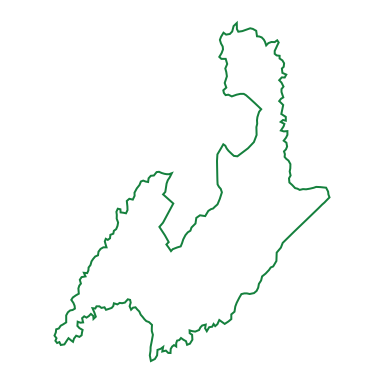 Marialva, Paraná, Brazil (Natural Earth projection)
{"feature_id": "56859067B62732144056511", "entity_name": "Marialva", "entity_type": "district", "adm_level": 2, "iso_a3": "BRA", "parent_name": "Brazil", "parent_adm1": "Paraná", "projection": "natural_earth1", "projection_center": [-51.888, -23.498], "detail": "fine", "context": "isolated", "style": "outline", "palette": "green", "viewbox_px": 384, "rotation_deg": 0, "n_neighbors": 0, "source": "geoboundaries", "source_scale": "gbopen_adm2", "svg_char_len": 4750}
<svg xmlns="http://www.w3.org/2000/svg" viewBox="0 0 384 384"><path d="M223.5,32.7L221.0,36.9L219.9,39.9L221.0,43.5L222.7,46.5L223.0,49.4L221.6,53.1L219.3,56.9L221.4,58.9L225.7,58.9L227.2,64.0L225.3,68.5L226.3,72.1L226.9,76.3L224.7,83.0L226.3,87.6L223.3,90.3L223.9,93.0L225.6,95.1L228.4,94.7L231.8,96.4L236.6,94.7L240.2,93.9L243.8,93.9L246.0,95.2L249.9,98.6L254.8,103.1L261.2,109.2L259.1,111.8L257.4,117.1L257.0,120.2L257.2,123.8L256.4,127.1L256.6,135.0L255.5,137.9L253.9,142.1L248.0,148.3L237.4,156.3L233.9,155.9L231.6,153.8L228.5,150.8L226.7,148.5L225.3,145.7L223.3,144.3L220.9,148.5L219.0,151.7L217.4,154.4L217.0,160.9L217.3,176.2L217.4,180.3L217.6,184.4L219.0,186.9L220.7,188.8L221.9,192.3L219.8,198.9L217.5,204.4L214.8,206.8L213.1,208.5L210.9,209.2L208.3,210.9L205.2,216.1L200.0,215.3L196.3,217.9L195.5,223.5L191.5,227.5L190.4,230.7L187.8,232.3L185.4,235.2L183.2,239.5L182.1,243.0L180.7,246.4L177.3,247.4L172.7,249.2L171.0,251.1L168.8,247.8L166.4,244.5L168.7,242.1L164.9,235.3L159.4,226.9L163.0,222.7L173.3,203.5L163.1,194.4L165.3,191.9L165.8,188.7L166.6,183.5L167.8,180.2L169.8,177.2L171.8,173.2L169.1,174.2L166.8,174.2L164.4,173.8L161.7,173.0L159.0,171.8L156.6,172.1L153.9,175.5L150.8,175.8L148.6,178.3L148.1,182.0L145.5,181.5L143.2,180.6L140.9,181.5L139.5,185.0L136.8,188.4L134.5,192.7L134.6,195.8L132.8,199.6L129.3,198.8L126.8,201.0L127.4,206.5L127.5,210.1L126.0,213.3L123.1,212.7L120.6,212.4L120.4,209.3L117.8,208.7L116.4,211.8L116.8,214.9L116.7,218.7L118.1,222.5L117.5,225.9L116.2,229.1L113.9,230.8L113.3,233.7L110.4,234.8L110.0,238.3L107.8,239.9L105.8,238.8L104.8,241.4L105.5,244.0L106.5,247.3L103.4,247.3L100.6,248.9L98.5,251.7L98.0,255.3L95.2,256.5L93.1,259.0L91.5,261.4L90.5,265.0L88.6,267.5L88.4,270.4L87.2,273.1L83.9,272.8L85.5,276.4L81.6,277.1L79.8,279.8L80.9,283.6L79.3,285.6L78.4,288.4L78.8,293.7L75.8,295.4L72.8,297.5L71.3,299.9L73.4,302.9L74.6,305.8L74.9,308.6L72.6,310.0L70.2,310.4L67.9,312.3L66.2,315.4L66.2,319.4L66.2,322.4L62.9,324.5L60.7,325.7L58.8,328.5L56.2,329.3L55.8,332.5L54.5,335.6L56.5,338.2L55.4,340.8L57.1,343.0L59.4,342.1L60.8,345.0L64.4,344.4L66.7,340.8L68.5,338.2L71.1,340.4L73.0,341.8L74.0,338.6L76.2,335.7L79.4,336.9L81.6,335.3L82.0,332.5L82.6,329.9L79.4,328.1L77.4,325.9L77.7,321.7L80.4,322.7L83.1,322.4L82.1,318.2L84.2,316.3L86.5,317.6L88.8,316.1L90.9,313.9L93.3,316.0L93.5,318.9L95.8,316.7L94.4,312.6L92.5,308.2L95.3,308.5L96.5,306.3L99.4,306.3L101.4,307.9L104.5,307.3L106.0,309.8L108.5,309.0L111.7,307.9L113.3,306.0L113.9,303.3L117.4,304.4L119.7,302.9L122.1,303.2L124.9,302.6L127.8,299.3L130.1,299.9L130.7,302.7L129.6,306.2L131.1,309.7L133.0,307.7L135.5,307.3L137.1,309.3L139.3,311.5L140.7,314.7L142.7,317.0L144.4,319.2L146.3,321.1L149.0,322.1L152.0,324.9L151.8,328.0L151.8,331.1L152.9,334.8L151.7,341.4L150.6,347.0L150.5,350.9L149.8,355.4L150.9,361.0L154.9,359.0L157.1,355.4L157.5,349.9L160.7,348.8L163.1,347.0L162.3,351.5L165.9,350.6L168.2,352.9L170.5,353.0L170.7,349.0L172.1,346.6L174.0,345.1L176.2,346.5L176.2,343.2L177.1,340.6L179.3,340.1L181.0,338.0L183.5,339.8L186.0,341.2L187.1,344.8L189.9,343.7L192.4,339.7L192.1,334.8L189.7,333.2L189.6,330.4L192.0,331.1L195.2,331.6L199.1,330.0L200.4,327.4L202.2,325.5L205.7,324.6L205.1,328.3L206.8,331.2L209.2,327.2L212.2,326.7L213.6,324.0L215.2,326.1L217.4,324.2L219.3,320.0L221.9,321.9L224.7,323.9L228.4,321.5L231.3,319.1L231.3,314.4L234.5,311.7L235.3,306.5L236.7,302.8L239.3,297.7L241.4,294.1L244.3,293.4L246.9,293.4L249.7,294.0L254.0,293.1L256.6,290.9L258.2,287.7L258.9,283.9L261.1,280.5L262.1,276.4L265.6,273.6L269.0,270.0L270.7,267.5L273.2,266.4L276.4,261.0L276.7,252.6L280.9,247.6L282.7,242.9L294.1,231.7L318.1,208.6L322.1,204.6L324.5,202.5L326.5,200.4L329.5,197.4L328.4,194.4L328.1,191.6L326.1,187.7L320.2,187.1L316.2,186.9L313.6,187.8L309.7,188.7L306.1,189.3L303.0,189.1L299.7,189.9L297.5,188.7L295.1,188.1L292.2,185.0L289.4,182.5L289.0,178.3L290.6,175.5L289.7,171.5L290.3,168.3L290.4,164.1L288.5,160.6L286.2,158.8L284.6,156.9L284.9,154.1L284.0,151.4L286.0,149.3L287.1,146.5L286.4,142.7L283.7,140.7L286.0,137.7L287.4,134.9L287.4,131.1L283.8,131.4L280.9,130.5L283.6,126.4L284.4,123.9L280.7,121.9L283.0,120.0L285.8,120.7L285.8,116.9L281.3,114.0L282.4,108.9L283.2,105.0L281.2,103.0L279.2,101.1L281.0,98.8L283.3,97.4L281.5,92.0L281.5,89.1L283.5,86.6L281.5,82.6L279.2,80.2L281.8,77.4L284.7,77.5L286.3,74.6L282.4,72.9L281.9,68.5L283.7,66.8L284.1,63.3L282.4,60.4L279.6,58.5L279.6,55.8L276.6,55.4L274.7,53.8L274.7,50.9L276.0,48.2L277.4,45.1L278.7,42.5L277.2,40.3L274.7,42.1L271.4,42.0L268.4,43.1L266.2,45.4L265.0,41.8L263.8,39.6L261.7,37.4L259.3,36.5L257.0,36.3L256.2,30.8L252.8,28.9L250.2,28.3L245.7,29.9L242.3,31.1L238.3,31.7L236.9,29.1L236.8,23.0L233.6,26.1L232.2,31.5L229.8,34.0L226.1,34.6L223.5,32.7Z" fill="none" stroke="#15803d" stroke-width="2"/></svg>